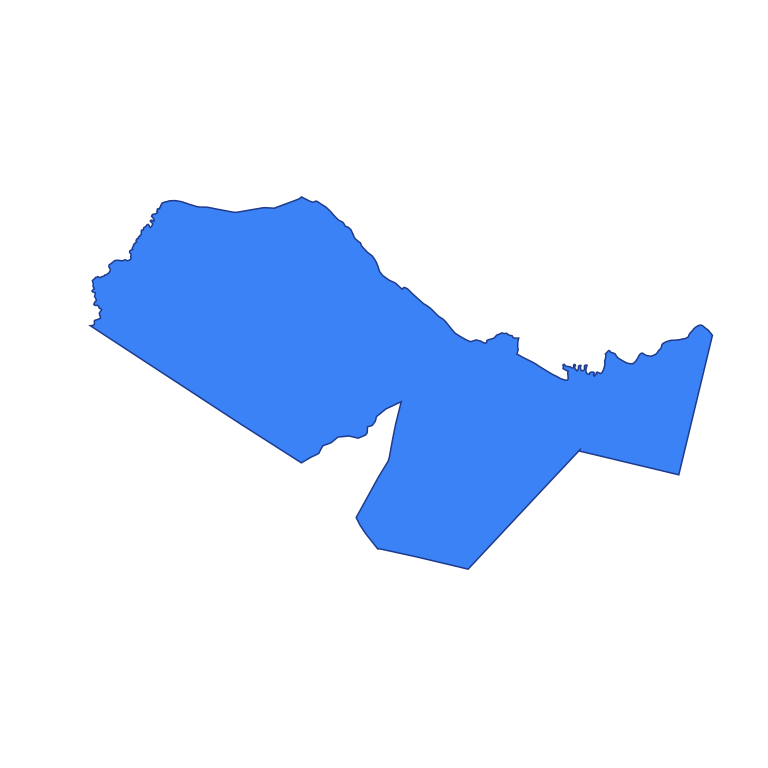 the district of Rukh Kiri, Batdâmbâng, Cambodia, rotated 194°
{"feature_id": "14789045B86646715992197", "entity_name": "Rukh Kiri", "entity_type": "district", "adm_level": 2, "iso_a3": "KHM", "parent_name": "Cambodia", "parent_adm1": "Batdâmbâng", "projection": "natural_earth1", "projection_center": [103.457, 12.595], "detail": "fine", "context": "isolated", "style": "filled", "palette": "blue", "viewbox_px": 768, "rotation_deg": 194, "n_neighbors": 0, "source": "geoboundaries", "source_scale": "gbopen_adm2", "svg_char_len": 5681}
<svg xmlns="http://www.w3.org/2000/svg" viewBox="0 0 768 768"><g transform="rotate(194 384 384)"><path d="M177.7,366.2L127.8,366.7L117.5,366.8L76.0,367.2L77.1,510.7L78.6,511.8L79.4,512.5L80.2,512.9L81.0,513.7L82.4,514.7L83.7,515.2L85.3,515.8L86.4,516.4L88.1,517.2L88.9,517.5L89.9,517.9L90.9,517.7L92.3,517.3L93.5,516.3L95.0,514.9L96.1,513.5L97.0,511.9L98.4,509.0L99.2,507.8L99.6,506.5L100.0,505.4L100.1,503.4L101.2,502.3L102.1,501.4L103.2,500.7L104.6,500.2L107.5,498.7L111.9,497.0L116.2,495.8L120.3,493.4L123.2,490.8L123.9,489.1L123.8,486.7L124.1,485.1L125.4,483.4L127.0,479.2L129.9,476.6L131.8,475.6L132.6,475.4L134.5,475.3L136.3,475.2L137.6,475.4L140.5,476.5L141.8,476.1L143.1,474.3L144.4,469.5L145.6,466.3L147.5,463.9L149.6,463.3L152.8,463.1L155.7,463.6L159.8,464.8L162.2,465.5L164.3,466.5L165.6,467.7L167.0,469.1L168.5,469.5L170.9,469.6L171.9,469.7L172.8,470.7L173.8,470.9L174.7,469.9L175.2,468.8L176.5,466.6L175.9,465.8L175.4,464.7L175.4,463.2L175.3,461.3L175.5,459.9L174.5,456.9L174.3,453.8L174.6,450.3L175.3,447.6L176.4,446.6L178.1,446.8L180.1,447.1L180.7,446.3L180.1,445.1L181.0,444.6L181.4,443.6L181.8,442.5L182.8,443.3L182.9,444.4L182.6,445.6L183.6,446.2L185.9,445.7L187.1,444.6L187.0,443.1L189.2,443.0L190.6,444.3L191.4,445.9L191.8,449.2L191.4,450.3L191.6,451.4L192.5,451.3L193.8,450.5L193.8,449.4L192.9,446.5L194.9,444.6L196.1,445.0L196.8,446.3L197.4,447.5L197.4,449.6L198.6,449.4L199.6,448.3L199.2,446.7L199.2,444.9L199.4,443.9L200.3,443.4L201.6,444.7L202.4,444.9L203.3,447.2L202.6,448.0L203.3,449.0L204.2,449.1L204.6,447.6L204.0,446.8L204.3,445.6L205.0,445.1L205.9,445.0L206.6,445.5L207.4,445.7L209.3,445.6L211.5,445.2L214.1,446.7L215.0,445.6L214.4,444.8L214.0,443.8L214.1,442.4L212.9,441.9L211.4,441.5L210.2,441.2L208.5,441.1L208.5,439.4L207.7,437.2L207.0,434.9L206.5,433.7L207.0,432.1L208.2,431.7L209.7,431.6L211.7,431.8L213.6,431.9L218.0,433.1L222.5,434.0L227.2,435.4L232.0,436.9L235.8,438.1L239.3,439.3L242.0,440.3L247.6,441.7L250.9,442.4L255.9,443.5L261.0,444.9L262.3,445.1L262.1,449.7L263.2,452.2L264.3,457.0L264.4,461.2L267.5,460.3L269.6,460.1L271.3,461.8L275.1,461.7L277.1,462.9L279.7,462.0L282.0,462.1L283.6,460.7L286.4,458.8L287.2,457.3L288.4,455.2L290.1,454.0L293.1,452.4L294.7,451.1L294.4,449.5L295.0,448.5L296.9,448.0L300.6,449.0L305.3,449.1L309.9,446.1L313.2,446.4L317.0,447.3L321.9,448.7L327.1,450.4L330.6,452.8L334.3,455.6L339.5,459.6L343.0,461.5L345.2,462.1L347.4,462.9L350.4,464.6L355.1,467.5L357.8,469.0L361.6,470.5L365.0,471.5L368.7,473.4L371.5,474.9L375.5,477.0L378.6,478.7L384.3,482.1L387.7,482.7L388.7,481.6L389.2,480.5L391.0,481.2L394.0,482.9L396.7,484.4L399.2,485.1L403.8,485.9L407.2,487.2L411.6,489.0L415.5,492.1L418.3,496.7L420.7,500.0L423.1,502.6L426.4,505.4L431.9,507.8L437.1,511.1L439.3,512.7L440.9,515.2L443.0,516.0L446.9,517.9L448.3,519.0L450.0,521.5L453.6,525.9L456.9,527.5L459.8,527.7L461.4,529.6L463.3,531.1L467.3,531.9L468.2,532.2L469.4,533.0L471.5,534.3L474.7,536.4L477.5,538.4L480.2,540.0L483.6,541.8L485.0,542.2L487.4,543.0L490.1,543.9L492.5,544.9L494.4,545.0L495.8,543.9L496.9,543.2L498.9,543.3L501.1,543.6L503.0,544.1L504.9,544.5L507.1,545.0L509.1,545.6L510.0,544.7L511.2,543.0L512.0,542.5L513.4,541.5L533.3,527.9L534.8,527.7L541.1,526.5L543.0,526.1L545.7,525.0L568.2,515.1L570.1,514.5L571.2,514.3L589.9,513.2L597.2,512.9L600.3,512.4L605.6,511.1L607.3,511.0L609.2,510.8L612.6,511.1L614.1,511.2L616.0,511.2L617.8,511.4L619.3,511.6L621.1,511.6L622.9,511.8L624.8,511.9L628.3,511.7L630.9,511.4L632.6,511.0L634.0,510.6L636.5,509.8L637.7,509.2L638.7,508.4L640.3,507.8L641.8,506.7L643.0,506.0L643.4,504.5L643.8,503.2L643.5,502.3L644.1,501.6L644.3,499.5L645.7,499.5L646.3,498.6L645.8,497.6L646.2,496.4L645.2,495.7L646.1,494.5L647.2,493.8L648.2,493.1L649.3,492.8L649.9,491.9L650.1,490.4L648.5,489.5L646.7,487.6L646.6,486.3L648.5,486.7L649.4,486.7L650.2,485.8L649.7,485.1L647.3,483.8L647.3,481.8L647.7,480.5L648.5,479.3L649.4,479.7L650.1,481.0L651.6,481.8L652.6,480.9L652.9,479.9L653.9,478.6L655.0,477.4L654.8,475.3L655.8,474.9L656.5,474.6L656.5,473.3L655.9,471.4L655.7,470.2L656.7,469.2L656.9,468.2L657.9,467.0L657.4,466.2L658.3,465.2L659.1,464.7L659.2,463.0L658.3,462.0L659.3,461.2L660.0,459.6L660.7,458.8L660.4,457.8L660.9,456.2L661.1,454.6L660.4,454.0L661.0,453.2L661.8,452.8L662.9,451.6L662.7,450.1L661.1,449.1L660.5,447.6L660.7,446.3L659.7,444.6L660.1,443.7L661.1,442.6L662.6,441.5L664.0,441.7L665.4,441.9L667.0,440.5L668.2,440.2L670.1,439.9L671.9,439.8L674.0,439.1L675.4,438.4L676.7,436.4L678.1,434.7L679.5,433.2L679.4,431.2L678.5,430.3L677.8,429.6L677.1,428.7L677.2,427.5L677.8,425.2L678.5,424.5L680.1,422.6L681.4,422.1L681.8,420.8L683.3,420.3L684.0,419.5L685.1,418.8L686.3,418.4L687.6,419.0L688.7,418.1L689.5,417.8L690.5,415.9L691.5,414.6L692.0,413.7L691.1,412.4L690.4,410.9L690.0,408.3L688.2,406.6L689.4,404.7L689.8,403.5L688.9,402.9L687.6,402.7L686.4,402.7L686.0,401.3L686.0,398.9L684.9,397.8L684.2,396.9L683.5,396.4L683.6,394.8L684.4,393.5L684.9,391.2L684.1,390.5L682.8,390.4L680.9,391.0L679.8,390.5L679.2,389.4L678.2,388.5L677.0,388.5L675.9,387.7L676.5,386.4L677.4,383.8L676.8,382.7L676.3,381.7L675.6,380.7L675.0,379.1L676.7,378.0L677.5,377.3L678.4,376.8L680.3,375.6L680.2,374.7L679.8,373.4L679.5,372.3L680.0,370.8L680.8,370.4L683.1,369.5L514.7,310.9L445.1,287.5L437.8,294.7L430.5,300.8L429.4,305.7L428.4,309.3L421.1,314.2L415.8,321.4L405.3,325.1L395.9,325.2L389.6,330.0L388.5,332.5L389.6,338.5L385.4,340.9L383.4,345.8L383.4,350.6L376.1,360.3L363.0,371.0L363.0,347.4L362.3,332.5L361.1,314.0L361.3,310.1L366.7,293.0L373.1,268.8L378.7,247.7L373.0,241.1L365.8,234.5L350.1,222.4L348.6,223.0L310.7,224.1L257.6,224.7L229.9,274.5L198.4,331.1L177.9,367.7L177.7,366.2Z" fill="#3b82f6" stroke="#1e3a8a" stroke-width="1.5"/></g></svg>